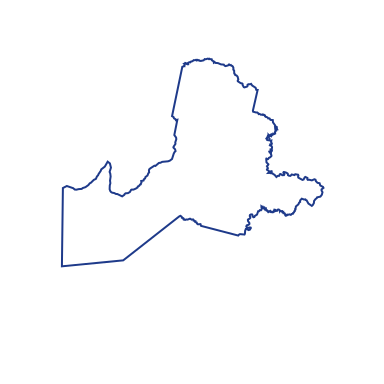 outline of Valparaíso, Caquetá, Colombia, rotated 120°
{"feature_id": "7082276B64086191085481", "entity_name": "Valparaíso", "entity_type": "district", "adm_level": 2, "iso_a3": "COL", "parent_name": "Colombia", "parent_adm1": "Caquetá", "projection": "orthographic", "projection_center": [-75.73, 1.085], "detail": "fine", "context": "isolated", "style": "outline", "palette": "blue", "viewbox_px": 384, "rotation_deg": 120, "n_neighbors": 0, "source": "geoboundaries", "source_scale": "gbopen_adm2", "svg_char_len": 5990}
<svg xmlns="http://www.w3.org/2000/svg" viewBox="0 0 384 384"><g transform="rotate(120 192 192)"><path d="M91.2,179.9L70.8,186.2L71.4,187.4L69.9,189.1L69.7,193.1L68.8,194.9L69.7,195.6L70.2,196.7L70.9,197.3L71.4,197.5L72.4,196.9L73.3,197.1L75.2,198.9L75.3,199.6L74.0,201.7L73.1,202.2L72.9,202.9L73.4,204.2L73.2,207.7L72.7,208.1L71.3,208.2L69.3,210.2L68.8,211.7L69.1,213.0L68.6,213.4L68.3,214.6L65.7,216.3L65.4,217.4L63.8,218.2L62.9,219.4L62.7,220.3L62.9,220.8L62.6,221.8L63.0,222.0L63.2,222.7L63.0,223.7L64.4,224.1L66.2,225.9L66.3,226.9L65.8,228.2L67.0,230.7L67.4,234.0L68.5,236.3L68.1,237.4L69.0,237.8L68.1,238.5L68.0,240.5L67.2,241.3L68.0,243.0L67.9,243.5L68.5,243.8L68.5,244.9L70.3,246.6L70.5,247.4L72.2,247.8L74.1,249.9L74.5,250.8L74.3,251.4L74.8,252.2L74.6,252.4L74.7,253.0L75.1,253.0L75.3,254.0L75.7,254.0L75.6,254.7L76.4,255.3L76.9,256.4L78.5,257.0L79.7,258.2L80.6,258.3L80.9,259.2L82.2,260.0L82.8,259.8L83.2,259.2L83.5,259.3L83.8,260.7L83.4,261.7L83.6,262.4L84.1,262.4L84.8,262.9L84.9,262.2L86.7,261.5L86.8,262.0L87.3,262.0L88.4,263.0L136.3,247.2L136.3,245.5L137.2,244.4L137.2,242.7L137.9,241.8L136.8,240.8L151.5,235.8L152.8,233.0L154.1,232.0L157.4,231.3L158.6,230.4L162.0,230.6L162.8,230.3L163.5,228.0L164.8,226.7L166.3,227.1L167.9,227.0L173.4,225.8L176.0,226.9L177.4,228.1L180.8,232.9L182.4,233.9L183.4,235.2L187.7,236.7L187.8,237.4L188.2,237.8L192.3,239.9L193.8,240.4L195.0,240.0L196.5,238.9L197.7,239.2L200.0,238.8L202.3,239.8L203.7,239.4L205.0,240.0L206.3,239.7L207.9,241.5L209.0,240.5L210.5,240.5L211.0,240.2L211.8,240.8L213.0,240.8L214.4,241.7L215.3,241.4L217.2,242.4L219.2,243.9L220.1,245.5L220.6,245.8L223.1,245.8L225.0,246.9L226.4,248.9L227.6,249.3L228.3,249.2L230.7,250.3L231.1,255.7L231.7,256.7L231.8,258.9L232.5,260.8L232.5,262.1L232.0,263.3L230.8,264.7L229.3,265.5L227.4,266.5L225.2,267.1L223.1,268.7L219.3,270.2L216.9,272.0L215.8,273.4L211.4,274.4L208.3,277.4L207.9,280.2L213.6,280.2L217.8,281.9L219.4,281.6L223.2,281.9L224.4,281.7L226.1,282.1L228.7,281.8L230.6,283.1L234.6,284.2L235.6,284.9L237.8,285.2L241.1,286.7L243.2,288.6L244.5,289.1L246.1,291.5L247.8,293.3L248.5,294.8L248.1,296.8L249.4,303.4L253.1,305.8L321.4,267.5L285.6,217.4L219.4,190.8L218.4,190.1L218.6,188.5L219.4,187.9L219.0,186.4L219.5,185.5L220.0,185.5L220.0,185.1L219.5,184.5L219.6,184.0L218.5,183.0L218.1,182.0L216.1,180.4L216.1,178.4L215.2,177.4L215.5,176.4L216.0,176.2L215.6,174.5L216.3,174.3L216.1,172.6L216.8,172.1L217.0,170.7L215.6,168.6L216.8,167.2L206.6,130.2L205.7,130.1L204.5,129.4L202.6,125.3L201.7,125.3L199.0,126.6L197.1,126.9L196.6,126.0L196.7,124.0L195.8,123.1L193.9,123.0L193.5,123.3L193.7,124.1L195.0,125.5L195.1,127.0L194.6,127.8L193.5,127.9L192.1,126.6L190.9,126.3L190.1,126.9L189.2,128.9L188.2,129.7L187.7,129.7L186.3,128.8L185.4,128.6L184.7,128.9L183.9,130.0L183.0,130.3L182.0,129.8L181.4,128.8L181.7,128.1L182.9,127.2L183.1,126.1L182.5,125.5L181.3,125.6L179.0,124.4L175.6,125.1L175.2,124.4L173.8,124.2L173.4,123.2L172.6,123.0L171.8,123.3L170.8,123.1L170.5,124.2L169.7,124.7L169.8,124.0L169.3,123.5L169.9,122.6L169.5,122.5L169.4,121.9L170.1,121.5L169.9,121.3L170.4,120.4L169.6,120.6L169.8,120.2L169.3,119.8L170.2,119.1L170.7,118.1L170.3,117.8L170.5,116.7L171.0,116.6L171.3,115.9L170.2,115.3L170.1,114.6L169.5,115.0L169.2,114.8L169.7,113.7L169.3,113.2L169.6,112.9L169.4,112.4L168.9,112.1L169.0,111.7L168.0,111.1L167.8,111.6L166.4,111.8L166.4,111.2L166.0,111.5L165.8,110.9L166.5,109.9L165.6,108.8L165.0,109.1L164.1,108.7L163.8,108.1L164.0,106.8L164.5,106.4L164.2,106.4L164.1,104.5L163.7,104.8L163.5,104.5L164.0,104.1L163.7,103.5L164.0,103.5L164.0,103.1L164.3,103.0L164.1,102.5L164.6,102.1L164.2,101.4L164.5,101.2L164.5,100.5L165.5,99.6L165.3,99.2L165.6,98.8L165.3,98.5L164.8,98.8L164.3,98.5L164.6,98.2L162.7,96.5L162.4,95.0L161.3,94.8L160.3,93.7L159.6,94.0L158.8,93.5L157.9,93.7L157.3,93.4L156.8,93.8L155.5,93.6L155.1,94.2L154.3,94.1L152.6,94.8L149.5,93.7L147.7,93.9L146.5,93.4L146.0,93.9L145.0,94.1L142.9,93.6L142.5,91.2L141.7,90.1L142.1,89.4L141.9,88.6L143.8,85.4L144.1,81.3L143.0,80.9L140.7,80.9L138.7,81.8L136.4,81.5L135.0,80.9L134.1,81.0L131.8,78.5L129.4,78.2L126.9,78.9L126.0,80.5L125.0,81.1L122.7,80.2L122.1,81.1L122.2,84.2L120.6,85.9L121.3,87.9L120.7,90.1L119.6,91.2L119.8,92.4L122.0,94.0L122.8,96.7L123.6,97.8L123.4,98.4L122.1,99.1L122.3,101.4L123.0,101.7L125.4,101.6L126.3,102.4L126.4,107.0L125.9,107.7L124.5,108.1L124.0,108.8L125.0,111.5L126.1,111.7L127.0,114.4L128.8,114.8L129.4,116.1L129.4,117.3L128.2,118.3L128.1,119.9L128.5,121.8L128.9,122.6L129.7,122.5L130.4,120.9L131.4,120.8L132.3,122.2L132.1,123.9L132.3,124.6L132.9,124.8L134.4,124.6L135.3,125.9L136.8,126.4L135.8,129.2L135.9,130.5L135.6,131.6L136.3,133.1L135.8,133.5L134.5,133.2L134.2,133.5L135.0,134.4L136.7,134.4L137.4,135.5L136.4,135.3L135.7,135.6L135.3,136.3L135.3,138.1L135.0,138.4L133.4,138.2L132.2,140.0L130.5,139.6L129.8,139.7L129.1,142.3L126.2,144.3L125.9,144.3L125.9,143.1L125.5,142.6L124.0,142.5L123.1,141.8L121.3,141.2L120.4,141.6L119.9,142.5L118.5,143.2L119.0,144.4L118.3,145.3L117.1,144.3L116.3,144.3L117.0,143.6L116.8,143.4L115.9,143.6L116.1,144.9L115.8,145.3L114.9,144.5L113.9,144.7L113.0,145.2L112.4,146.5L112.6,147.6L112.1,147.5L111.8,147.9L111.2,146.9L110.6,147.0L110.4,147.4L109.9,147.3L109.4,148.3L107.9,149.0L108.5,149.4L108.0,150.9L108.7,151.1L109.7,153.5L109.0,152.9L108.6,154.3L107.5,154.2L106.8,152.9L106.5,154.2L105.3,154.4L105.1,153.5L104.3,154.1L104.6,153.1L105.2,152.9L104.0,152.2L103.2,152.6L103.0,152.4L103.3,151.9L104.0,151.8L104.1,151.3L103.2,151.3L102.1,151.9L101.8,151.4L102.3,151.1L102.2,150.8L101.1,150.3L100.8,150.5L100.7,149.8L99.8,149.2L98.7,150.1L97.2,150.3L96.3,151.0L96.6,150.2L95.7,150.4L95.8,149.9L95.4,150.0L95.2,149.7L94.6,150.9L94.3,150.4L93.3,151.1L93.4,153.0L92.7,153.4L91.2,156.7L89.3,158.0L90.3,160.1L89.5,161.7L90.2,162.8L89.8,163.4L89.7,164.8L90.1,165.8L89.8,166.8L89.2,167.0L89.1,168.0L89.8,169.0L89.4,169.5L90.6,170.8L90.6,172.6L91.2,173.2L90.7,174.0L90.5,175.3L91.1,176.2L91.9,179.2L91.2,179.9Z" fill="none" stroke="#1e3a8a" stroke-width="2"/></g></svg>